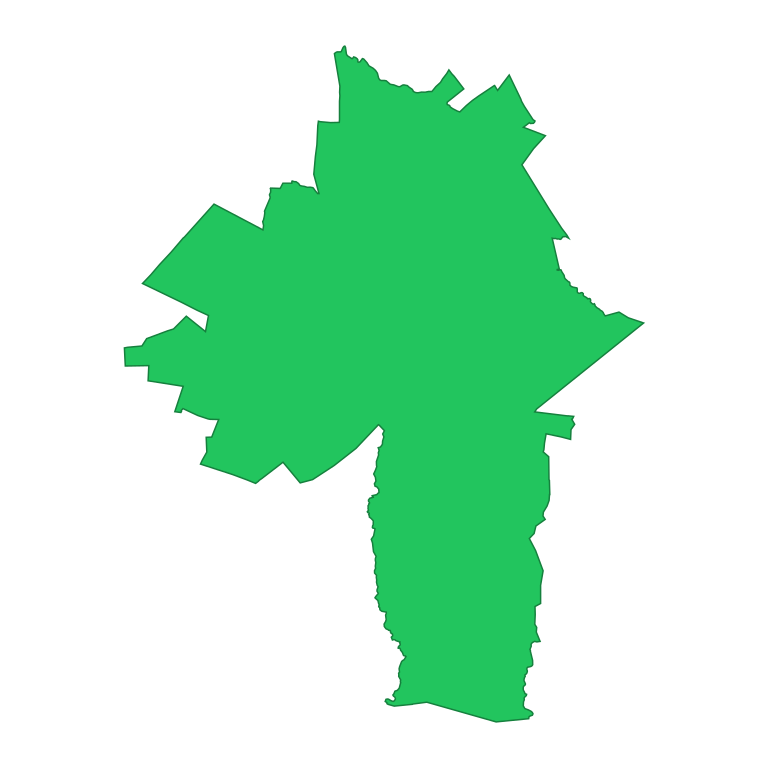 outline of Chirumhanzu, Midlands, Zimbabwe
{"feature_id": "62879985B8175030067165", "entity_name": "Chirumhanzu", "entity_type": "district", "adm_level": 2, "iso_a3": "ZWE", "parent_name": "Zimbabwe", "parent_adm1": "Midlands", "projection": "orthographic", "projection_center": [30.527, -19.353], "detail": "fine", "context": "isolated", "style": "filled", "palette": "green", "viewbox_px": 768, "rotation_deg": 0, "n_neighbors": 0, "source": "geoboundaries", "source_scale": "gbopen_adm2", "svg_char_len": 6061}
<svg xmlns="http://www.w3.org/2000/svg" viewBox="0 0 768 768"><path d="M448.9,69.9L446.7,73.6L442.6,78.9L440.5,82.4L435.9,86.6L431.9,91.5L428.5,91.5L425.2,92.2L421.6,92.1L417.9,92.8L415.9,92.6L414.4,92.1L413.0,91.0L413.0,90.5L412.1,89.2L409.1,87.2L407.4,85.6L403.9,84.9L402.6,85.1L399.9,86.7L398.2,86.6L393.9,84.9L390.3,84.3L386.2,80.8L384.6,80.5L381.2,80.5L380.0,80.0L378.7,78.4L377.4,73.2L375.5,70.4L373.2,68.3L368.9,65.8L367.0,62.7L363.7,59.0L362.4,58.6L360.1,61.7L359.2,62.2L358.1,62.1L357.8,61.2L357.9,60.0L357.3,58.9L355.7,57.6L353.7,56.9L352.6,58.4L352.0,58.7L347.6,55.9L346.7,54.7L346.4,53.9L345.5,47.3L344.8,46.1L344.0,46.4L343.0,47.6L341.3,51.5L340.5,51.9L337.2,51.9L336.3,52.2L334.6,53.4L334.4,53.6L339.9,86.2L339.6,92.3L339.9,95.8L339.5,101.2L339.5,119.6L339.3,122.4L330.6,122.6L320.3,121.7L318.4,121.2L317.8,125.6L316.9,144.8L315.4,156.4L313.8,174.3L319.0,193.6L317.7,193.6L315.2,190.7L313.3,188.0L312.6,187.6L310.3,187.2L307.2,187.3L304.5,186.4L301.6,186.0L299.8,185.4L298.6,183.5L296.0,181.7L294.5,181.7L292.2,181.0L291.9,181.2L291.8,183.2L282.9,183.2L280.2,188.4L270.6,188.1L270.3,188.6L270.7,189.6L270.6,192.3L269.5,194.6L269.6,195.5L270.1,196.8L270.1,198.0L264.5,211.2L264.8,212.7L264.3,216.5L263.5,220.0L262.7,221.5L263.6,225.7L262.9,229.9L214.0,204.1L184.4,237.1L183.2,238.0L171.1,252.2L159.8,264.3L150.8,274.8L142.5,283.5L181.5,302.3L197.2,310.3L208.5,315.5L205.5,331.6L186.3,316.2L173.5,329.0L167.7,330.8L146.7,338.6L141.9,346.0L127.6,347.3L124.4,347.9L125.3,366.0L148.8,365.6L148.1,380.8L183.2,386.3L174.8,411.7L180.9,412.5L181.5,411.4L181.2,410.6L183.0,408.6L197.8,415.5L208.0,418.9L210.0,419.3L218.7,419.5L211.7,437.1L206.2,437.3L206.8,452.1L202.3,460.1L200.5,464.1L232.5,474.5L247.3,480.0L255.6,483.4L258.5,481.2L259.2,480.3L261.7,478.6L283.0,462.2L300.2,482.9L312.6,479.6L334.3,465.4L356.0,448.4L378.4,424.7L379.2,425.2L384.4,430.7L382.7,434.0L383.9,436.9L382.6,441.0L382.4,444.3L380.5,447.0L378.2,447.7L379.1,450.4L378.3,452.8L378.6,455.0L376.4,461.5L376.5,465.3L376.8,466.6L375.3,470.5L373.7,474.0L375.4,477.3L375.9,481.1L374.4,483.8L375.1,486.3L376.7,486.7L378.7,489.1L379.0,492.6L377.9,493.3L376.8,494.6L372.1,495.7L372.2,496.1L373.1,496.6L373.3,497.3L369.8,498.2L368.5,500.0L368.5,501.1L369.5,502.7L369.5,503.1L368.8,503.8L368.7,504.7L368.0,505.9L368.2,507.1L368.0,508.3L368.5,510.5L368.4,510.9L367.7,511.1L367.3,511.8L368.0,512.7L369.2,513.2L369.3,513.6L368.7,514.7L369.4,515.8L369.3,517.0L371.2,518.5L373.3,520.8L373.2,524.8L372.6,525.9L372.4,527.5L372.7,528.0L374.9,528.6L375.0,529.0L373.6,535.9L371.3,539.3L372.5,542.9L373.5,551.7L376.1,556.4L375.4,558.5L375.3,560.2L375.8,562.6L375.3,566.1L375.6,568.3L374.5,570.7L374.6,573.1L376.5,575.3L376.3,577.3L376.7,580.0L376.5,582.2L377.2,585.3L378.1,586.7L377.0,589.9L377.1,591.5L378.1,592.9L378.2,593.6L376.4,595.7L375.0,597.6L375.1,598.0L377.9,600.5L378.6,603.5L379.2,604.8L378.7,606.3L378.9,607.0L379.7,607.7L379.9,609.5L380.2,610.1L381.9,611.3L386.3,612.1L386.3,613.4L385.6,615.1L386.2,619.7L385.5,621.7L384.1,624.1L384.3,626.5L386.0,628.8L388.1,629.7L388.7,630.3L390.2,630.5L390.5,631.3L390.4,632.0L390.9,632.5L391.0,633.2L392.4,634.0L392.7,635.6L392.4,636.2L391.3,637.2L392.4,640.0L393.6,639.6L394.8,639.7L396.0,640.7L400.0,642.0L399.7,642.8L400.2,643.9L400.2,644.8L398.5,646.6L398.1,648.1L398.4,648.3L399.5,648.0L400.2,648.8L400.6,650.2L402.4,652.5L403.5,655.4L403.9,655.7L405.7,656.1L406.0,656.6L404.1,659.7L402.4,660.7L401.5,661.8L399.6,666.7L399.1,668.8L399.5,672.1L398.6,673.2L398.8,674.5L398.7,676.4L400.7,680.0L400.4,681.0L400.5,682.2L400.7,682.6L399.2,688.2L397.4,690.3L394.9,691.2L393.9,693.8L392.9,695.0L393.4,696.0L394.9,697.2L395.4,698.6L395.3,699.4L394.0,701.0L393.1,701.4L391.3,700.8L388.6,699.2L387.6,699.0L386.4,699.2L386.0,699.3L385.2,701.5L386.8,702.5L387.0,703.7L388.2,704.4L394.2,706.1L412.5,704.3L413.0,704.0L426.8,702.2L496.1,721.9L528.7,718.7L528.9,717.0L529.9,716.1L532.4,715.2L533.0,713.8L532.3,712.4L531.1,711.3L528.4,709.9L524.9,708.6L523.3,705.9L523.5,701.8L524.3,699.8L524.1,698.1L524.7,697.1L526.3,695.6L526.6,694.3L524.9,693.6L524.6,692.4L523.4,690.2L523.2,689.1L523.3,687.0L524.0,685.9L525.1,685.0L525.4,684.3L525.4,683.8L524.0,680.6L524.0,679.7L524.5,677.5L525.2,676.5L524.9,675.0L526.6,673.6L527.3,671.7L527.3,670.7L526.8,669.3L526.9,668.2L527.7,667.2L530.9,666.5L532.2,665.6L532.7,664.7L532.6,660.4L530.4,651.3L530.4,650.3L529.9,649.5L531.2,646.3L531.1,644.2L532.3,642.6L534.5,641.4L536.9,641.9L540.1,641.4L536.3,632.1L536.7,627.4L534.8,624.3L535.2,614.6L535.0,606.5L540.6,603.5L540.6,585.3L543.1,570.8L535.6,550.6L529.3,538.5L534.1,533.5L535.9,526.0L545.2,519.4L543.0,516.0L543.4,512.1L547.1,506.0L549.1,500.4L549.5,494.5L549.8,494.5L549.4,480.3L549.0,479.7L548.7,456.7L543.2,451.9L543.9,449.7L544.5,443.1L546.1,433.8L561.0,436.9L570.6,439.4L571.0,429.6L574.7,424.3L571.7,419.2L572.5,418.9L573.7,416.4L567.6,415.8L568.1,416.0L534.7,411.9L536.7,408.9L643.6,323.0L628.3,317.8L619.0,312.1L605.2,315.9L603.7,313.8L603.3,312.7L602.2,311.3L600.3,310.2L599.4,309.2L596.9,307.7L595.1,305.9L594.9,304.7L594.3,303.7L593.2,304.2L592.1,303.6L590.7,302.2L590.4,301.7L590.7,300.1L590.2,298.9L589.5,298.5L587.6,298.8L586.8,297.7L583.9,296.1L583.2,295.1L583.3,293.7L582.3,292.7L581.1,292.6L580.0,293.3L578.5,293.2L577.5,292.4L577.2,291.4L577.3,289.0L576.9,287.9L572.8,287.1L571.3,286.4L570.0,285.3L569.8,282.8L569.3,282.0L568.5,281.8L565.2,278.8L564.6,277.8L564.1,275.3L561.8,271.7L561.0,269.9L560.1,269.8L558.4,270.3L557.2,270.1L557.2,269.5L559.3,269.1L552.2,238.2L554.2,238.6L555.3,238.4L557.2,239.0L558.9,238.9L560.1,239.4L561.0,239.1L562.7,236.9L565.7,236.5L568.7,238.2L566.8,235.0L561.7,228.3L549.2,209.1L521.9,164.8L533.6,148.6L545.4,135.7L523.4,127.3L529.4,122.7L530.4,123.5L533.4,123.3L534.5,122.2L535.0,121.0L533.0,119.6L524.4,106.4L521.6,101.4L520.8,99.1L509.2,75.0L497.6,90.4L494.6,85.5L494.4,85.5L478.8,95.9L472.5,100.4L466.4,105.5L459.8,111.9L457.4,111.1L452.6,108.6L450.2,106.9L449.8,105.8L449.3,105.3L447.3,104.6L447.0,103.6L447.3,102.1L463.8,88.9L454.2,76.3L451.8,73.8L448.9,69.9Z" fill="#22c55e" stroke="#15803d" stroke-width="1.5"/></svg>